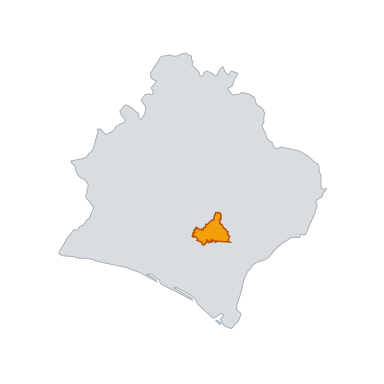 location of N'Zi, N'zi-Comoé, Ivory Coast, rotated 33°
{"feature_id": "98640826B73875625736421", "entity_name": "N'Zi", "entity_type": "district", "adm_level": 2, "iso_a3": "CIV", "parent_name": "Ivory Coast", "parent_adm1": "N'zi-Comoé", "projection": "albers", "projection_center": [-4.64, 7.021], "detail": "fine", "context": "in_parent", "style": "filled", "palette": "amber", "viewbox_px": 384, "rotation_deg": 33, "n_neighbors": 0, "source": "geoboundaries", "source_scale": "gbopen_adm2", "svg_char_len": 8111}
<svg xmlns="http://www.w3.org/2000/svg" viewBox="0 0 384 384"><g transform="rotate(33 192 192)"><path d="M98.4,89.0L99.6,89.0L102.5,88.2L105.3,86.2L107.8,82.1L111.2,78.8L115.0,79.0L116.2,78.4L117.5,78.3L119.1,80.5L120.7,82.2L121.8,82.3L122.7,85.4L129.6,86.8L132.6,87.7L135.1,90.0L136.0,90.0L137.1,89.5L137.9,88.7L138.1,87.9L137.0,85.8L137.5,83.9L138.6,82.3L140.4,82.2L143.1,81.7L146.2,81.7L148.5,82.0L149.5,80.4L148.6,75.7L148.8,73.1L149.2,70.9L150.1,70.0L153.5,72.8L156.7,73.8L158.9,73.9L159.6,73.4L158.6,70.4L158.9,69.5L159.7,69.0L161.2,68.7L165.2,67.5L165.7,67.7L166.4,72.4L166.0,73.9L166.9,77.1L167.9,80.1L167.8,81.3L167.0,83.2L165.9,84.8L166.1,85.5L167.7,86.7L170.7,87.9L173.9,88.2L175.7,86.4L177.5,85.0L178.8,83.8L179.3,81.9L181.3,80.6L187.1,78.9L192.4,78.6L193.7,79.2L196.0,81.8L199.1,83.6L203.7,83.3L207.1,84.4L210.0,86.4L211.9,90.8L214.1,94.0L215.0,98.6L218.4,101.0L221.0,102.1L224.6,105.4L228.3,107.1L232.1,106.7L233.9,108.4L236.8,109.6L239.6,109.7L242.1,105.9L245.5,104.4L253.9,101.3L257.2,99.9L260.5,99.1L268.6,98.8L276.1,99.7L279.9,100.4L282.4,99.9L284.9,101.7L287.4,105.5L289.4,106.7L291.5,108.0L293.1,111.0L294.9,113.9L295.9,115.2L298.2,118.2L300.1,118.2L302.0,116.9L302.9,116.0L303.3,117.9L302.5,121.1L302.7,123.0L303.7,123.8L303.2,126.3L301.0,130.5L301.0,133.1L303.2,133.8L304.8,136.5L305.7,141.1L306.7,142.6L306.8,143.5L308.4,154.6L310.4,165.7L309.2,167.2L307.5,167.6L306.3,168.2L306.0,169.2L306.8,170.7L306.3,172.1L304.2,173.1L299.5,176.6L299.2,178.0L297.9,181.0L296.9,182.9L295.4,186.3L293.0,195.3L292.1,202.8L292.0,205.1L291.0,206.7L290.0,209.0L284.9,215.5L282.3,220.7L282.7,223.0L282.8,225.3L282.0,226.9L282.2,231.3L282.8,235.0L283.7,238.7L287.5,248.9L289.4,255.2L290.6,260.2L291.7,263.6L292.7,264.9L293.1,266.2L298.6,267.2L299.7,267.9L301.2,274.5L301.0,277.4L299.9,278.5L299.9,281.1L299.7,284.2L298.9,285.4L295.8,285.6L293.7,286.8L291.0,286.3L290.7,285.5L289.2,285.3L285.1,283.5L285.8,277.8L283.9,277.6L282.4,278.3L279.5,285.2L278.1,286.3L257.7,282.9L253.3,280.0L248.0,279.4L238.8,279.7L231.1,280.6L228.9,282.3L248.2,281.3L250.3,281.5L251.2,282.5L226.9,284.8L217.6,286.1L214.9,285.7L212.8,283.6L202.7,283.3L200.6,284.0L199.3,285.6L203.3,285.3L209.6,285.2L211.3,286.4L191.7,288.0L178.0,291.0L172.2,293.3L153.2,300.7L141.6,304.2L138.6,305.5L133.3,309.1L126.5,311.4L118.9,315.6L114.2,316.5L113.2,315.2L113.1,307.9L112.5,298.1L112.8,294.4L113.4,290.9L113.5,288.0L115.8,286.9L116.4,285.7L116.8,281.9L118.9,278.5L119.0,272.5L119.7,271.3L120.2,269.7L119.3,265.7L118.1,258.3L117.5,257.8L117.0,258.1L115.8,258.2L111.0,255.6L107.4,255.2L104.8,253.0L104.7,250.5L103.4,249.0L102.6,246.1L101.3,242.8L97.7,240.7L94.3,240.2L91.9,240.6L89.0,240.5L85.8,239.4L83.6,238.1L81.5,235.6L79.5,233.7L78.0,233.9L76.0,233.4L74.2,232.5L73.6,231.9L81.5,224.2L84.2,220.5L84.5,218.1L84.5,215.8L85.4,213.4L85.7,209.8L81.4,196.5L80.4,192.4L79.2,191.2L78.5,190.8L80.7,189.1L83.7,189.6L88.3,190.9L89.4,189.6L92.9,183.0L92.8,180.5L92.5,178.8L94.6,174.2L96.2,172.5L97.1,170.6L96.9,168.0L95.6,167.0L94.0,167.1L92.1,166.5L89.1,165.0L87.6,163.6L88.1,157.6L88.4,155.7L89.5,154.7L91.1,154.4L95.7,154.2L99.4,155.0L102.7,155.4L104.4,155.4L105.8,157.2L107.7,159.0L109.3,159.0L109.9,157.7L109.6,151.7L108.5,148.5L106.0,145.5L99.6,142.9L99.4,139.2L100.1,135.3L101.5,133.9L106.3,131.4L105.5,130.1L104.0,128.6L101.0,127.1L101.7,122.5L101.9,118.3L99.3,118.7L96.7,118.9L94.4,117.6L92.6,115.1L92.3,108.1L92.4,100.0L92.0,96.4L92.8,94.5L95.0,92.7L97.5,90.5L98.4,89.0ZM288.3,286.4L287.3,288.0L282.1,287.0L283.3,285.7L288.3,286.4Z" fill="#d9dde1" stroke="#a8b0b8" stroke-width="1"/><path d="M223.0,229.8L223.5,229.7L223.8,229.6L224.0,229.5L224.4,229.4L225.2,229.3L225.9,229.1L226.2,229.0L226.4,228.8L226.8,228.6L227.3,228.8L227.7,229.3L228.1,229.3L228.4,229.6L228.7,229.7L228.8,229.7L229.0,230.1L229.3,230.3L229.5,230.4L229.9,230.4L230.5,230.2L230.8,230.0L231.1,229.7L231.1,229.2L230.9,228.9L230.8,228.7L230.9,228.4L231.4,227.9L231.2,227.7L231.1,227.0L231.1,226.9L231.0,226.7L231.4,226.3L231.6,226.0L231.6,225.8L231.6,225.6L231.3,225.2L231.0,225.0L230.8,224.6L230.6,224.4L230.5,224.1L231.1,224.1L231.3,224.3L231.5,224.4L231.6,224.7L231.9,224.6L232.0,224.9L232.1,225.1L232.3,225.1L232.5,224.6L232.7,224.4L232.8,224.4L233.1,224.7L233.1,224.9L233.2,225.0L233.2,225.4L233.3,225.5L233.6,225.5L233.7,225.3L233.7,225.0L233.8,224.7L233.6,224.3L233.6,224.2L233.9,224.1L234.0,224.3L233.9,224.4L234.0,224.5L234.3,224.5L234.4,224.4L234.5,224.1L234.4,223.8L234.5,223.6L234.6,223.4L234.8,223.3L235.1,223.6L235.5,223.9L235.7,224.1L235.6,223.9L235.4,223.6L235.3,223.2L235.6,223.4L235.8,223.3L236.0,223.2L235.9,223.0L235.7,223.0L235.6,222.8L235.4,222.8L235.2,222.8L234.6,222.8L234.5,222.7L234.2,222.5L234.1,222.3L234.0,222.2L234.1,221.9L234.2,221.7L234.3,221.8L234.5,222.1L234.8,222.2L235.0,222.0L235.6,222.3L235.8,222.2L235.8,221.8L235.7,221.8L235.7,221.6L235.8,221.6L235.9,221.4L236.0,221.3L236.1,221.2L235.8,221.2L235.9,220.9L236.0,220.9L236.4,221.0L236.5,221.1L236.8,220.9L237.1,220.9L237.3,221.0L237.4,221.3L237.7,221.4L237.9,221.5L238.0,221.4L238.0,221.2L238.3,220.9L238.6,221.0L238.9,221.2L239.1,221.3L239.2,221.1L239.3,221.0L239.5,220.8L239.5,220.7L239.8,220.4L239.8,220.1L239.7,220.0L239.5,219.9L239.4,219.9L251.1,213.3L248.9,213.2L248.8,212.9L248.6,212.7L248.6,212.4L248.5,212.1L247.9,209.9L247.8,209.4L247.7,209.3L247.6,209.0L247.7,208.8L247.7,208.7L244.7,207.9L243.7,205.7L243.4,205.9L243.3,206.0L243.2,206.1L242.9,206.0L242.7,206.0L240.7,205.1L240.2,204.9L239.9,204.9L239.7,205.1L239.3,205.0L239.1,205.1L238.1,204.8L237.8,204.5L237.5,204.5L237.4,204.5L237.1,204.5L237.0,204.4L236.7,204.4L235.6,203.6L235.3,203.3L235.0,203.2L234.9,203.2L234.5,203.2L234.0,203.2L233.9,203.2L233.7,203.3L233.4,203.5L233.2,203.4L232.8,203.3L232.9,203.1L232.7,203.1L232.5,202.9L232.4,202.7L231.9,202.6L231.6,202.3L231.6,202.2L231.6,201.9L231.4,201.3L230.6,200.5L230.5,200.2L230.4,200.0L230.2,199.5L230.2,199.4L230.3,199.2L230.5,199.0L230.9,198.9L231.1,198.8L231.0,198.7L230.8,198.5L230.7,198.2L230.2,197.9L229.9,197.5L229.7,197.5L229.6,197.4L229.5,197.2L229.4,196.6L229.4,196.3L229.3,196.1L228.9,195.8L228.7,195.4L228.2,195.3L228.1,195.2L228.0,194.9L227.8,194.7L227.6,194.6L227.5,194.4L226.9,194.6L226.7,194.6L226.4,194.6L225.9,194.7L223.2,196.3L223.1,196.6L223.1,196.8L223.5,197.5L223.6,198.1L223.6,198.7L223.8,199.3L223.8,199.8L223.9,200.2L224.2,201.2L224.5,201.8L224.8,202.1L224.9,202.6L224.9,203.1L225.4,203.9L225.3,204.0L224.0,204.7L223.7,205.2L223.6,205.5L223.6,206.1L223.5,206.4L223.5,206.7L223.5,206.9L223.4,207.3L223.1,207.9L222.9,209.1L222.7,210.7L222.6,210.8L222.3,210.9L222.2,211.2L221.2,211.7L222.4,214.0L222.0,214.4L221.7,214.8L221.5,215.2L221.3,215.4L221.3,215.5L221.4,215.8L221.5,216.0L221.4,216.2L221.5,216.3L221.5,216.5L221.4,216.7L221.4,217.1L221.6,217.3L221.6,217.6L221.8,217.7L221.8,218.0L221.7,218.1L221.4,218.2L221.1,218.2L220.7,217.9L219.8,218.5L219.7,218.7L219.5,218.9L218.7,219.3L218.2,219.4L217.9,219.4L217.4,219.2L216.8,219.2L216.0,219.1L215.9,219.1L215.7,219.2L215.3,219.2L215.0,219.3L214.9,219.4L214.8,219.5L215.0,219.6L214.8,219.8L214.7,220.1L214.8,220.2L215.0,220.2L215.1,220.3L215.3,220.3L215.5,220.3L215.5,220.5L215.2,220.7L215.1,220.8L215.2,221.0L215.3,220.9L215.4,221.0L215.2,221.2L215.3,221.4L215.3,221.6L215.2,221.6L215.2,221.9L215.1,222.1L215.1,222.4L215.0,222.6L214.6,222.5L214.8,222.9L214.7,223.0L214.8,223.4L214.9,223.6L215.1,223.7L215.1,223.8L215.3,223.9L215.7,224.1L215.8,224.1L216.0,224.2L216.3,224.3L216.2,224.5L216.3,224.6L216.2,224.8L215.9,224.9L215.7,225.0L215.7,225.4L215.4,225.3L215.3,225.6L215.5,225.6L215.3,226.0L215.3,226.3L215.7,226.4L216.0,226.6L216.0,227.0L216.2,227.3L216.5,227.2L216.6,227.3L216.6,227.5L216.6,227.8L216.6,228.2L216.4,227.9L216.2,227.7L216.0,227.9L216.0,228.3L216.3,228.8L216.6,228.8L216.8,228.9L217.1,228.9L217.3,228.9L217.4,229.0L217.8,229.0L217.9,228.8L217.6,228.9L217.6,228.5L217.6,228.4L217.8,228.3L218.2,228.4L218.6,228.3L218.8,228.1L218.8,227.9L219.1,227.8L219.3,227.7L219.6,227.7L220.0,227.7L220.7,227.9L220.9,227.9L221.1,227.9L222.4,228.5L222.6,228.6L222.5,228.8L222.7,229.2L222.8,229.3L223.1,229.3L223.2,229.5L223.0,229.8Z" fill="#f59e0b" stroke="#b45309" stroke-width="1.5"/></g></svg>